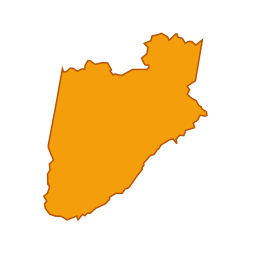 Santa Clara, California, United States of America (Albers equal-area conic projection), rotated 280°
{"feature_id": "52423323B90997065310094", "entity_name": "Santa Clara", "entity_type": "district", "adm_level": 2, "iso_a3": "USA", "parent_name": "United States of America", "parent_adm1": "California", "projection": "albers", "projection_center": [-121.672, 37.189], "detail": "fine", "context": "isolated", "style": "filled", "palette": "amber", "viewbox_px": 256, "rotation_deg": 280, "n_neighbors": 0, "source": "geoboundaries", "source_scale": "gbopen_adm2", "svg_char_len": 1494}
<svg xmlns="http://www.w3.org/2000/svg" viewBox="0 0 256 256"><g transform="rotate(280 128 128)"><path d="M227.7,185.9L221.5,180.4L224.1,176.2L224.0,173.0L221.4,169.5L225.8,165.9L226.0,161.3L229.1,160.3L228.8,158.6L221.5,153.2L224.5,151.3L227.1,144.6L225.2,141.6L222.9,135.8L217.9,135.3L214.1,129.2L210.7,133.6L204.5,133.7L199.1,129.2L195.2,131.9L193.1,133.9L193.3,137.5L191.3,138.3L189.0,136.3L186.4,122.2L178.5,112.5L178.9,105.6L177.8,104.0L181.0,100.4L182.3,101.6L188.6,96.7L187.9,91.7L185.0,84.5L187.8,78.6L187.2,76.7L182.4,75.0L178.3,75.2L178.3,72.3L175.0,68.1L177.2,64.1L177.0,60.9L172.6,57.2L172.1,54.8L175.0,53.1L134.9,53.0L97.4,52.5L94.9,52.9L83.3,60.2L78.8,56.8L73.2,58.5L68.8,56.8L58.7,58.8L59.0,59.3L58.9,59.4L56.0,60.9L55.8,61.0L53.7,60.6L49.9,60.0L46.1,57.0L42.0,60.6L38.7,59.0L34.6,60.4L29.5,65.8L28.6,71.8L29.4,77.6L26.9,83.9L32.4,92.8L28.9,94.7L35.1,98.3L34.1,100.6L37.0,102.9L37.2,103.1L37.4,105.5L43.2,110.0L49.6,119.0L54.5,122.3L56.7,121.8L61.6,127.6L62.5,133.5L67.2,135.6L69.6,139.3L81.2,144.7L90.0,149.3L91.3,148.6L94.2,150.1L96.2,149.6L99.1,151.4L104.8,154.8L106.7,158.5L111.4,160.4L112.9,161.9L117.1,163.5L123.6,170.9L125.0,174.3L121.0,178.8L125.2,177.3L129.8,180.0L130.2,184.3L135.8,185.3L139.9,193.5L144.2,191.4L147.8,195.1L153.1,196.8L153.1,202.0L154.3,203.5L157.4,202.5L159.9,197.3L161.5,196.4L162.6,193.8L166.9,190.2L167.6,187.4L169.4,183.4L171.9,180.5L176.2,182.1L179.4,179.0L186.3,186.2L227.7,185.9Z" fill="#f59e0b" stroke="#b45309" stroke-width="1.5"/></g></svg>